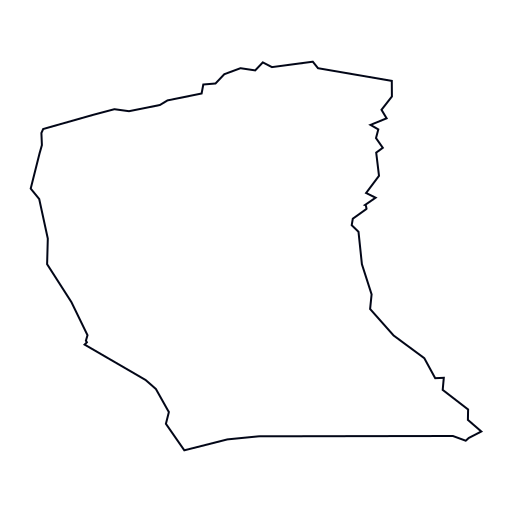 Cumberland, North Carolina, United States of America (Natural Earth projection)
{"feature_id": "52423323B14263080963128", "entity_name": "Cumberland", "entity_type": "district", "adm_level": 2, "iso_a3": "USA", "parent_name": "United States of America", "parent_adm1": "North Carolina", "projection": "natural_earth1", "projection_center": [-78.796, 35.051], "detail": "fine", "context": "isolated", "style": "outline", "palette": "ink", "viewbox_px": 512, "rotation_deg": 0, "n_neighbors": 0, "source": "geoboundaries", "source_scale": "gbopen_adm2", "svg_char_len": 1070}
<svg xmlns="http://www.w3.org/2000/svg" viewBox="0 0 512 512"><path d="M41.9,145.1L40.7,149.4L39.6,153.2L30.7,188.6L39.2,199.0L47.8,238.6L47.1,264.2L71.4,302.1L87.5,335.2L85.9,340.7L86.9,342.3L85.0,344.2L84.6,344.6L145.6,380.0L155.9,389.0L168.3,411.1L168.6,411.4L168.7,411.5L168.7,411.9L168.8,412.1L168.8,412.4L165.9,423.8L184.3,450.3L227.4,439.4L258.9,436.3L452.9,436.0L465.7,440.7L466.0,440.5L468.7,438.0L481.3,431.5L467.9,419.9L468.1,409.5L442.7,389.9L443.8,377.8L435.2,378.2L424.3,358.2L393.6,335.5L370.1,309.0L371.6,294.4L361.9,264.2L358.5,231.8L351.7,225.2L352.8,218.7L366.1,209.2L366.5,208.8L366.5,208.4L366.3,207.7L366.0,206.1L365.8,205.7L365.6,205.2L365.0,205.0L375.6,197.7L366.1,193.0L379.0,175.8L376.2,152.6L382.8,147.8L376.0,138.1L378.3,129.4L370.5,124.9L386.6,118.3L381.5,109.8L391.9,96.5L391.8,80.9L318.0,68.2L312.8,61.7L271.9,67.1L262.8,62.4L255.2,70.4L240.5,68.2L224.3,74.2L215.5,83.5L203.3,84.5L201.6,93.5L167.5,100.4L159.9,105.0L129.0,111.2L114.4,109.2L93.3,114.8L43.2,129.0L41.4,133.0L41.9,145.1Z" fill="none" stroke="#020617" stroke-width="2"/></svg>